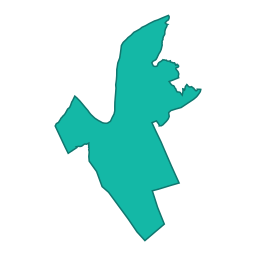 Oru West, Imo, Nigeria
{"feature_id": "59680162B53120698145103", "entity_name": "Oru West", "entity_type": "district", "adm_level": 2, "iso_a3": "NGA", "parent_name": "Nigeria", "parent_adm1": "Imo", "projection": "natural_earth1", "projection_center": [6.913, 5.74], "detail": "fine", "context": "isolated", "style": "filled", "palette": "teal", "viewbox_px": 256, "rotation_deg": 0, "n_neighbors": 0, "source": "geoboundaries", "source_scale": "gbopen_adm2", "svg_char_len": 3744}
<svg xmlns="http://www.w3.org/2000/svg" viewBox="0 0 256 256"><path d="M168.4,15.4L165.0,16.8L161.6,18.2L157.8,19.9L154.4,21.0L149.2,23.6L145.9,25.5L145.7,25.6L145.1,25.9L142.0,27.3L139.8,29.1L137.3,30.5L136.8,30.8L133.9,32.3L131.1,35.2L128.0,37.6L126.4,39.4L123.7,41.9L123.3,42.3L123.0,42.7L121.4,45.5L121.0,48.7L120.4,53.4L119.7,58.0L119.1,59.5L117.8,63.0L117.2,67.1L117.0,68.3L116.8,69.5L116.7,75.9L116.4,79.9L115.7,84.9L116.0,88.1L115.6,93.5L115.3,97.1L114.9,102.1L114.8,106.1L114.8,110.7L114.1,113.9L112.2,117.5L110.8,120.6L110.3,121.4L107.5,123.1L107.2,123.2L104.8,123.2L102.6,122.8L100.1,121.4L98.0,120.3L95.6,118.7L95.2,118.5L93.2,116.7L92.8,116.3L90.9,114.5L89.4,112.7L87.9,110.5L85.4,107.6L84.8,106.9L82.4,104.0L79.7,100.8L78.0,99.1L77.2,98.2L74.8,96.1L73.2,99.4L72.6,100.7L71.8,101.9L71.3,103.3L70.8,104.8L70.4,105.8L69.9,106.9L69.7,107.3L69.2,107.8L68.6,108.3L68.0,108.7L67.5,109.3L66.8,110.6L65.1,113.7L64.3,114.7L63.5,115.6L62.7,116.2L61.9,117.4L61.0,118.2L60.3,119.6L59.3,121.1L58.8,121.9L58.5,122.4L58.0,122.8L57.7,122.8L57.5,123.0L56.9,123.3L56.3,123.7L56.0,124.4L55.4,125.6L55.2,126.0L65.3,147.5L68.2,153.3L76.8,147.6L76.2,146.8L78.8,146.3L79.8,146.5L80.8,146.4L81.9,146.0L84.0,144.4L84.7,144.0L86.5,144.2L88.8,143.1L88.6,145.3L88.9,146.1L88.6,147.2L89.1,148.2L88.7,149.6L89.0,150.8L89.2,152.2L88.8,156.5L89.2,161.2L96.6,171.5L102.1,186.6L108.6,192.3L128.3,219.1L137.0,231.9L144.9,240.6L164.3,224.1L157.6,207.4L152.3,190.8L158.7,189.1L171.1,185.3L179.1,183.0L175.5,175.1L171.4,166.0L164.2,149.4L161.0,141.9L155.7,130.9L152.8,124.6L152.0,122.7L156.4,120.9L157.0,121.7L157.5,122.6L158.2,123.2L159.2,125.1L159.2,125.9L159.7,125.8L160.6,125.8L161.5,125.7L162.2,125.2L163.2,124.6L163.6,124.1L164.9,122.8L166.3,121.4L168.1,119.1L168.8,117.6L169.2,116.3L168.8,113.8L168.7,112.6L170.8,110.6L175.8,109.0L181.2,107.5L193.7,99.2L195.0,98.1L196.4,96.9L197.2,96.0L198.2,94.7L199.8,92.4L200.3,91.6L200.4,91.1L200.7,89.9L200.8,89.4L200.2,89.3L199.3,89.3L197.2,89.2L197.2,89.6L197.1,90.1L197.0,90.4L196.6,90.7L196.3,90.8L195.8,90.7L195.5,90.5L195.2,90.1L194.9,89.7L194.5,89.3L194.1,89.0L194.0,88.6L193.8,88.3L193.6,88.1L193.0,87.9L192.7,87.6L192.4,87.2L192.1,87.1L191.7,86.9L191.4,86.7L191.2,86.9L190.4,86.9L189.5,87.0L188.9,86.7L188.2,86.1L187.6,85.5L187.3,85.0L187.1,84.7L186.8,84.5L186.5,85.0L186.2,85.6L185.9,85.8L185.5,86.3L185.3,86.8L185.2,87.3L185.1,87.9L184.9,88.5L184.8,89.1L184.8,89.7L184.6,90.0L184.4,90.2L184.2,89.8L183.9,89.4L183.2,88.9L182.8,88.8L182.9,89.9L183.0,90.8L182.9,91.9L182.7,92.8L182.5,93.8L182.2,95.1L181.1,93.8L180.2,92.5L179.3,92.1L177.2,91.9L176.5,90.9L176.1,90.0L175.8,88.9L174.9,88.0L174.3,86.6L173.6,85.7L172.5,85.5L171.1,84.4L170.4,83.3L169.1,81.5L173.1,80.0L178.7,77.7L178.3,76.1L178.6,75.0L178.8,73.9L178.1,71.8L177.1,70.5L176.3,69.6L175.8,68.7L175.9,68.1L176.4,67.6L177.2,67.6L177.9,67.3L178.6,66.5L178.4,65.3L177.4,64.9L177.0,64.3L176.6,64.7L175.8,65.2L175.4,64.6L175.0,63.5L174.5,62.8L173.7,62.9L172.4,62.6L171.9,62.3L170.3,61.9L170.3,61.1L170.3,60.8L169.6,61.0L168.5,61.2L167.6,61.1L166.9,60.8L166.7,60.6L166.5,60.2L165.8,60.3L165.1,60.1L164.2,59.9L163.8,60.0L163.5,59.9L162.9,59.7L162.6,60.1L160.9,61.4L159.6,62.1L158.7,62.8L158.0,63.9L157.6,65.2L156.9,66.2L156.0,66.4L154.6,66.4L153.8,66.1L153.3,65.9L153.0,65.3L151.8,62.8L153.3,61.0L155.1,60.2L156.0,59.5L157.1,57.6L157.6,56.4L158.9,53.7L160.2,51.7L161.2,49.4L162.2,45.1L162.0,43.4L162.2,42.6L162.1,41.9L162.1,41.2L163.0,39.3L162.9,38.3L163.1,37.9L163.4,36.6L164.0,35.6L164.6,34.6L164.8,33.9L164.8,31.8L165.1,30.3L165.5,28.9L166.0,27.8L166.7,26.6L167.1,25.0L167.7,24.5L167.2,24.4L166.3,24.0L165.7,23.4L165.2,22.9L165.6,22.4L166.5,21.2L167.7,20.3L168.4,19.9L169.1,18.0L169.1,16.4L168.4,15.4Z" fill="#14b8a6" stroke="#0f766e" stroke-width="1.5"/></svg>